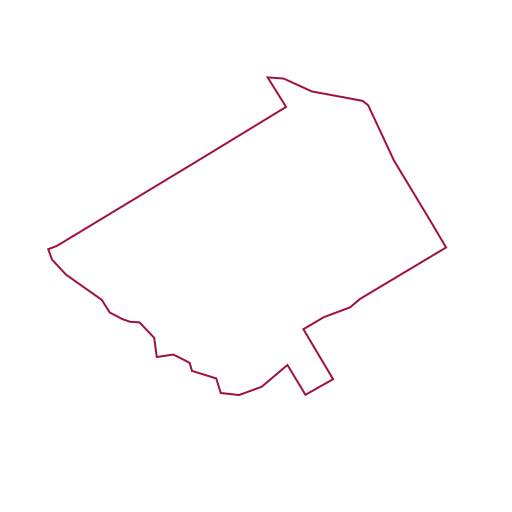 Sumter, Georgia, United States of America, rotated 148°
{"feature_id": "52423323B7701583683709", "entity_name": "Sumter", "entity_type": "district", "adm_level": 2, "iso_a3": "USA", "parent_name": "United States of America", "parent_adm1": "Georgia", "projection": "natural_earth1", "projection_center": [-84.143, 32.052], "detail": "fine", "context": "isolated", "style": "outline", "palette": "rose", "viewbox_px": 512, "rotation_deg": 148, "n_neighbors": 0, "source": "geoboundaries", "source_scale": "gbopen_adm2", "svg_char_len": 604}
<svg xmlns="http://www.w3.org/2000/svg" viewBox="0 0 512 512"><g transform="rotate(148 256 256)"><path d="M402.7,273.2L397.4,266.7L390.0,261.5L385.7,240.5L393.7,222.9L378.3,216.2L368.9,200.6L371.2,192.5L354.6,173.2L358.5,158.5L344.1,147.1L320.4,142.1L287.1,146.9L287.6,112.1L255.9,110.7L254.6,168.8L231.0,168.2L203.4,162.6L190.4,164.5L90.3,162.5L89.6,188.7L88.4,263.9L81.1,323.5L81.1,324.7L83.4,331.1L121.4,365.9L138.6,391.9L151.5,401.3L151.5,366.5L249.5,367.6L419.8,370.1L428.6,371.9L430.9,360.9L427.0,340.8L410.0,300.4L410.0,285.6L402.7,273.2Z" fill="none" stroke="#9f1239" stroke-width="2"/></g></svg>